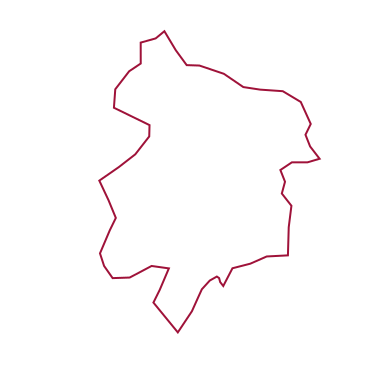 an SVG outline of Priština, rotated 116°
{"feature_id": "KOS-5902", "entity_name": "Priština", "entity_type": "District", "adm_level": 1, "iso_a3": "XKX", "parent_name": "Kosovo", "parent_adm1": "", "projection": "albers", "projection_center": [21.268, 42.679], "detail": "fine", "context": "isolated", "style": "outline", "palette": "rose", "viewbox_px": 384, "rotation_deg": 116, "n_neighbors": 0, "source": "natural_earth", "source_scale": "10m", "svg_char_len": 830}
<svg xmlns="http://www.w3.org/2000/svg" viewBox="0 0 384 384"><g transform="rotate(116 192 192)"><path d="M262.8,122.7L260.6,127.2L257.5,129.9L257.1,132.6L263.8,137.2L275.1,140.5L283.2,140.3L299.2,139.8L324.4,143.2L308.3,178.2L294.1,178.1L270.8,179.3L276.2,195.9L296.2,210.5L304.2,225.6L297.0,238.6L287.5,247.8L262.5,249.1L248.7,249.1L236.0,263.4L222.4,280.3L201.9,268.8L183.0,259.5L160.8,254.8L150.5,259.5L150.5,280.4L150.5,299.1L133.3,306.0L111.0,301.4L99.0,294.4L80.2,303.6L69.9,292.0L59.6,287.3L71.7,268.7L80.3,252.4L75.1,240.8L71.8,215.2L75.2,191.9L70.1,175.6L61.6,154.6L63.4,133.7L78.8,115.1L90.8,115.1L99.3,105.8L106.2,91.9L114.7,101.2L121.5,115.2L133.5,122.2L142.0,112.9L154.0,110.6L160.8,96.6L181.3,89.6L206.9,78.0L217.2,96.6L230.9,108.2L242.8,122.2L262.8,122.7Z" fill="none" stroke="#9f1239" stroke-width="2"/></g></svg>